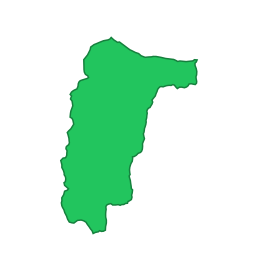 Sandovalina, São Paulo, Brazil (Natural Earth projection), rotated 163°
{"feature_id": "56859067B27263450532509", "entity_name": "Sandovalina", "entity_type": "district", "adm_level": 2, "iso_a3": "BRA", "parent_name": "Brazil", "parent_adm1": "São Paulo", "projection": "natural_earth1", "projection_center": [-51.849, -22.468], "detail": "fine", "context": "isolated", "style": "filled", "palette": "green", "viewbox_px": 256, "rotation_deg": 163, "n_neighbors": 0, "source": "geoboundaries", "source_scale": "gbopen_adm2", "svg_char_len": 2805}
<svg xmlns="http://www.w3.org/2000/svg" viewBox="0 0 256 256"><g transform="rotate(163 128 128)"><path d="M211.7,80.6L212.5,77.7L213.6,75.9L214.0,73.0L213.8,71.1L213.2,68.6L213.2,65.5L212.5,61.7L212.4,58.4L211.6,55.2L209.3,53.7L207.5,52.9L205.6,53.6L203.3,54.4L199.7,53.7L197.6,52.3L195.7,50.2L195.0,47.5L194.2,45.4L193.3,42.3L192.4,40.2L192.2,37.3L189.6,37.7L186.6,37.4L185.2,38.1L183.7,36.9L181.7,36.5L179.5,36.9L178.3,40.2L176.5,43.4L175.6,46.3L175.4,49.3L174.5,52.4L173.7,54.5L172.7,56.6L172.2,59.3L170.7,60.6L168.8,60.9L166.5,60.7L165.1,58.8L162.3,58.0L159.8,57.6L158.1,56.4L156.4,56.6L154.4,56.1L152.4,56.6L150.5,56.2L149.5,57.7L148.0,57.9L145.7,58.6L144.4,60.7L144.2,62.7L142.9,64.8L141.7,67.5L142.5,69.0L142.0,71.6L141.6,74.4L141.1,77.2L141.1,80.0L140.9,81.8L139.6,82.9L139.4,84.7L138.8,87.6L137.7,90.1L135.7,93.0L133.7,94.9L132.5,97.4L132.1,99.1L130.5,98.9L128.1,99.5L125.7,100.8L123.2,101.0L121.8,101.8L120.5,103.5L119.4,106.2L118.7,108.8L116.9,111.1L115.4,112.9L115.3,115.3L115.0,118.0L113.9,119.4L113.1,121.0L112.4,122.7L111.4,124.0L110.0,126.1L108.9,128.3L108.5,130.2L107.2,132.2L106.3,134.5L105.3,136.5L105.1,138.6L104.0,140.0L102.6,141.0L101.0,141.2L99.4,142.7L98.1,143.8L96.8,145.6L96.9,147.7L94.6,149.3L92.5,150.7L91.1,152.7L89.6,154.4L88.2,156.4L86.7,157.4L85.3,158.1L83.8,157.8L82.4,157.1L80.6,157.2L78.6,157.2L76.2,156.8L74.3,156.1L72.4,156.4L71.1,155.4L70.3,153.3L69.3,151.3L66.8,152.0L64.8,151.4L62.2,150.0L60.0,150.1L58.1,150.9L56.8,152.2L54.7,151.9L52.9,150.9L51.0,149.9L49.4,150.8L48.7,152.4L48.4,155.3L48.0,157.2L46.9,158.7L45.7,161.9L45.4,164.9L45.6,168.2L45.0,170.4L43.4,171.2L42.0,172.9L44.5,173.9L46.3,173.2L53.0,174.5L58.8,176.9L61.0,177.1L62.9,179.0L64.3,180.2L71.7,183.5L75.8,185.9L80.3,188.2L83.1,189.1L84.9,189.2L87.6,189.9L91.0,190.6L94.3,193.2L96.1,196.1L98.8,198.0L101.4,200.5L103.5,202.4L107.4,207.8L111.0,212.7L113.0,213.0L115.8,216.4L117.6,219.5L119.4,218.3L121.4,218.1L125.9,218.6L129.6,218.3L134.3,217.8L136.0,217.7L140.0,216.3L141.3,213.9L143.2,211.9L145.3,209.7L150.3,206.3L152.1,199.8L153.0,196.7L153.4,194.3L153.0,191.7L151.2,189.7L151.0,187.8L152.6,187.3L154.7,187.3L157.6,187.3L159.9,187.2L161.5,186.3L162.6,184.9L163.6,182.5L165.4,180.3L167.8,180.0L169.4,179.7L171.6,178.8L173.5,177.0L172.6,175.1L174.5,172.6L173.6,170.0L174.3,165.4L175.6,163.6L177.6,161.0L178.7,158.9L180.2,155.3L178.7,153.5L178.4,151.5L178.8,147.5L182.9,143.9L185.7,142.5L187.4,141.4L187.3,139.5L187.5,135.4L188.0,133.1L188.4,130.9L189.7,129.3L191.3,128.8L192.7,127.9L193.4,126.2L192.9,124.1L193.8,122.0L194.6,119.7L196.4,117.8L198.9,118.2L201.8,116.6L202.0,112.1L202.8,109.5L202.2,106.3L202.2,103.6L202.7,101.9L202.1,99.7L202.4,97.5L203.6,95.0L205.2,94.4L205.4,91.7L202.7,87.3L204.1,86.3L207.1,86.1L209.0,83.0L211.7,80.6Z" fill="#22c55e" stroke="#15803d" stroke-width="1.5"/></g></svg>